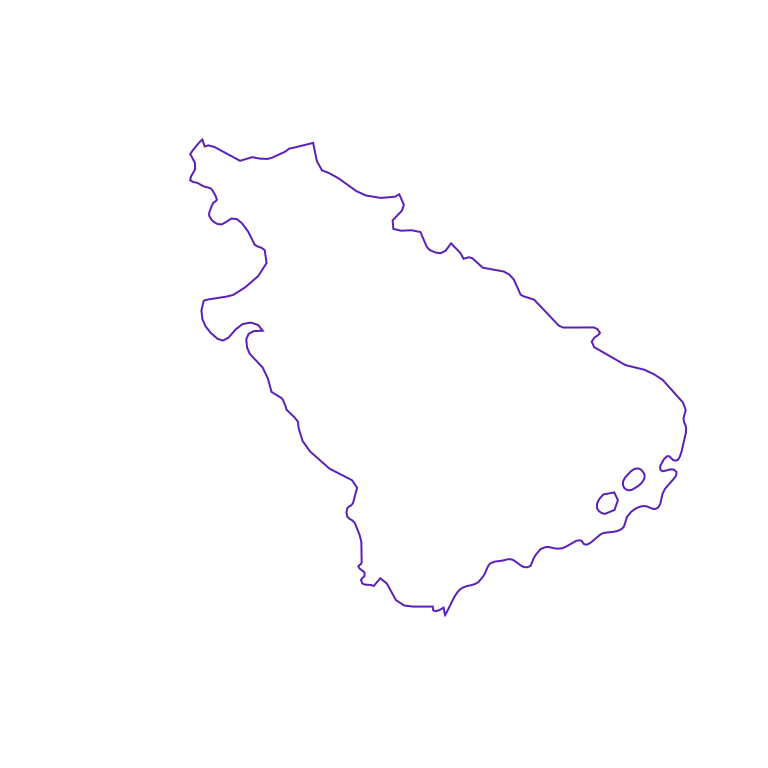 SVG path tracing the border of Pyrénées-Atlantiques, rotated 37°
{"feature_id": "FRA-5336", "entity_name": "Pyrénées-Atlantiques", "entity_type": "Metropolitan department", "adm_level": 1, "iso_a3": "FRA", "parent_name": "France", "parent_adm1": "", "projection": "equal_earth", "projection_center": [-0.695, 43.182], "detail": "fine", "context": "isolated", "style": "outline", "palette": "violet", "viewbox_px": 768, "rotation_deg": 37, "n_neighbors": 0, "source": "natural_earth", "source_scale": "10m", "svg_char_len": 3712}
<svg xmlns="http://www.w3.org/2000/svg" viewBox="0 0 768 768"><g transform="rotate(37 384 384)"><path d="M106.6,338.0L105.9,336.4L105.0,334.6L104.0,326.4L100.0,321.2L90.8,316.9L90.7,311.8L91.0,303.0L91.8,298.1L92.7,298.7L92.9,298.8L97.8,302.2L100.2,299.1L106.1,296.7L134.7,292.4L142.2,282.2L149.4,278.6L155.5,274.4L158.3,270.8L165.3,257.8L166.7,253.0L169.6,249.7L182.3,234.1L196.1,246.3L205.8,250.7L213.0,248.7L223.9,247.1L245.8,246.6L256.2,244.3L269.5,237.3L280.1,227.8L282.0,223.3L292.0,228.9L294.0,234.7L292.4,248.1L298.1,254.5L305.4,251.3L313.4,244.7L321.6,240.7L335.4,248.6L340.0,249.5L346.0,248.0L350.5,245.5L353.0,240.5L352.9,231.3L366.1,233.4L372.2,236.1L372.3,235.8L375.6,231.6L379.0,230.4L392.9,231.7L412.1,222.0L418.4,221.2L424.7,222.4L439.3,230.4L442.6,230.0L453.2,226.3L488.6,232.2L493.1,231.1L517.5,212.6L521.3,211.7L525.7,213.2L525.6,216.2L524.1,220.3L524.4,225.2L529.8,228.1L565.5,223.6L583.4,215.9L593.4,213.8L604.1,213.0L634.1,218.9L640.6,223.2L643.9,231.3L646.4,233.7L649.9,235.7L652.3,238.0L654.3,241.0L662.3,258.9L663.9,263.7L664.4,267.4L663.2,269.6L660.9,270.7L658.2,270.5L655.6,269.9L653.6,271.3L652.8,275.1L653.9,283.3L656.1,286.0L658.7,286.2L660.9,284.0L662.7,281.5L664.7,279.3L667.1,277.9L670.4,278.2L671.9,280.2L672.6,283.0L671.5,298.6L672.6,304.3L676.9,313.7L677.3,317.8L675.9,320.6L673.4,322.1L667.3,323.7L665.1,324.9L662.8,327.3L661.0,329.9L659.4,333.5L658.3,337.6L658.0,343.9L660.9,351.8L661.4,353.8L661.2,356.1L660.2,358.6L658.7,361.2L656.3,363.9L650.9,368.9L648.6,371.4L647.2,374.6L645.1,384.1L644.0,387.8L642.3,390.6L640.1,391.5L636.0,390.3L634.3,391.1L631.9,393.6L627.4,404.0L625.3,407.8L622.4,410.5L619.7,412.3L613.1,415.3L610.8,417.5L608.4,421.7L608.0,428.1L608.3,432.7L610.5,440.8L609.0,443.8L606.1,446.0L602.8,446.6L593.5,446.7L590.8,447.6L588.5,449.3L584.7,454.0L579.4,459.1L577.2,462.7L576.6,465.6L577.1,468.6L578.7,474.8L579.0,478.8L578.6,485.4L576.9,489.2L574.4,492.6L571.8,495.5L569.5,499.1L568.4,502.2L568.0,505.2L568.0,507.9L568.6,513.6L570.7,524.3L571.9,531.7L571.9,531.8L571.2,531.3L566.2,526.8L564.4,531.0L562.2,534.2L559.7,535.2L556.9,532.4L541.3,544.2L533.5,548.7L523.6,549.4L506.2,541.6L497.9,541.4L497.4,551.4L494.5,552.4L489.1,555.9L486.6,556.3L483.5,554.3L483.5,551.8L484.0,549.1L482.1,546.5L480.7,546.1L475.4,546.1L473.3,545.1L473.3,543.6L474.0,541.7L473.5,539.9L460.9,523.7L455.2,519.1L444.1,512.5L440.8,512.0L437.7,512.4L434.5,512.1L431.2,509.0L429.4,505.1L429.8,502.9L430.8,500.9L431.0,498.0L429.7,494.7L424.9,483.0L416.3,480.1L391.4,484.4L365.6,482.4L353.3,478.5L342.1,470.4L338.1,466.0L332.8,464.5L321.6,463.2L319.2,461.3L313.8,458.0L311.0,456.9L298.9,458.0L288.4,449.8L277.3,443.9L258.6,440.7L252.6,437.2L247.1,431.2L245.7,425.5L248.3,420.0L255.1,414.4L247.8,412.6L240.6,415.2L235.0,421.2L232.7,429.7L231.9,440.7L229.1,446.4L223.6,448.1L214.8,447.4L206.9,445.4L199.8,441.4L193.9,435.1L189.9,426.0L192.6,422.4L205.9,408.7L210.0,403.5L215.0,390.2L218.6,373.4L217.4,358.0L208.2,348.9L204.3,348.9L200.7,350.1L197.1,350.7L183.7,344.0L173.7,341.1L167.3,340.9L162.5,343.7L159.9,350.9L158.1,354.5L154.5,356.5L150.5,357.0L147.0,356.5L143.1,354.8L141.5,352.8L139.2,345.6L138.6,342.0L139.6,339.4L139.6,337.4L136.4,335.2L130.3,332.5L127.4,332.1L120.8,334.8L113.9,335.7L110.1,337.4L106.6,338.0ZM631.9,356.2L635.3,356.1L638.5,354.9L643.9,345.9L640.8,336.1L633.2,332.0L625.6,340.2L625.2,346.1L625.6,349.0L626.4,351.7L628.8,354.9L631.9,356.2ZM638.6,322.5L641.8,322.4L642.9,321.9L644.0,321.1L645.1,320.0L646.0,318.6L648.4,312.6L649.1,309.3L649.3,306.0L649.0,303.6L648.2,301.6L647.0,300.0L645.4,298.9L641.6,297.8L639.6,297.9L637.7,298.5L635.2,301.0L633.7,305.0L632.8,313.8L633.6,318.1L635.7,321.0L638.6,322.5Z" fill="none" stroke="#5b21b6" stroke-width="2"/></g></svg>